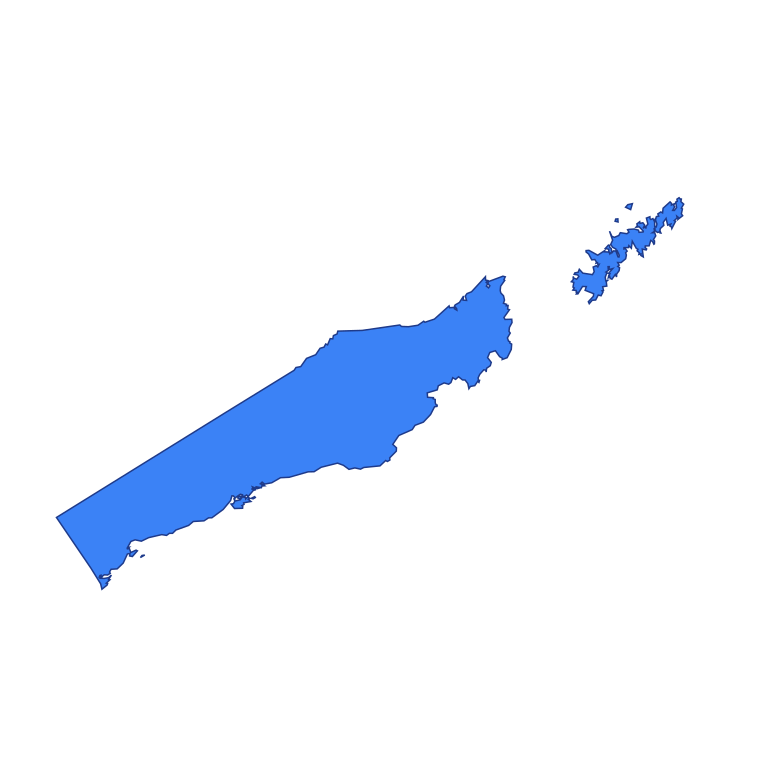 the district of Ushuaia, Tierra del Fuego, Argentina, rotated 330°
{"feature_id": "61730980B87507155551581", "entity_name": "Ushuaia", "entity_type": "district", "adm_level": 2, "iso_a3": "ARG", "parent_name": "Argentina", "parent_adm1": "Tierra del Fuego", "projection": "albers", "projection_center": [-65.54, -54.787], "detail": "fine", "context": "isolated", "style": "filled", "palette": "blue", "viewbox_px": 768, "rotation_deg": 330, "n_neighbors": 0, "source": "geoboundaries", "source_scale": "gbopen_adm2", "svg_char_len": 6134}
<svg xmlns="http://www.w3.org/2000/svg" viewBox="0 0 768 768"><g transform="rotate(330 384 384)"><path d="M33.6,335.8L38.1,396.9L38.7,415.3L37.1,420.7L43.6,419.7L44.9,418.6L43.9,417.6L48.7,416.5L47.7,415.6L52.4,413.2L48.6,414.0L44.5,412.5L41.3,410.5L42.6,410.2L40.8,408.9L42.2,407.8L43.4,408.1L42.6,409.7L46.4,409.4L49.1,411.2L52.3,411.1L52.3,409.6L55.0,408.0L60.5,410.7L68.6,408.7L76.8,402.9L79.3,403.7L77.7,405.7L79.8,407.6L87.0,405.2L86.2,403.9L80.5,403.3L81.2,399.2L78.8,398.2L81.7,397.9L80.4,397.2L86.1,393.8L90.5,394.5L95.3,398.8L103.4,399.4L116.2,403.3L120.0,406.4L123.4,406.0L126.2,407.6L130.8,406.4L144.1,408.8L150.1,407.7L159.7,412.5L165.2,412.2L168.0,413.8L182.1,412.2L192.9,408.2L196.4,404.8L197.7,405.7L198.0,408.1L196.6,408.4L196.4,410.1L198.0,408.2L204.4,407.6L206.1,409.2L205.3,410.8L205.9,411.5L209.5,411.4L210.5,413.4L217.7,410.8L220.3,411.5L216.6,408.7L220.2,409.5L218.5,408.5L218.6,407.3L221.6,411.2L224.0,411.8L221.3,408.6L226.0,412.5L228.2,410.2L227.0,408.6L229.4,408.0L230.4,410.6L227.8,409.5L228.4,410.4L228.1,411.7L229.8,412.5L228.9,410.4L237.4,413.4L247.5,413.4L255.3,417.4L274.3,422.1L279.6,425.0L288.0,424.7L304.2,429.3L308.2,434.1L311.0,440.4L316.8,442.1L321.1,446.0L324.8,446.2L339.6,452.9L347.2,451.1L348.2,452.8L351.1,452.8L352.0,450.8L361.1,448.3L362.9,445.5L361.4,440.7L371.1,436.0L385.6,437.6L390.2,435.3L399.1,436.7L409.1,433.7L416.4,429.0L418.7,429.9L419.5,428.9L418.7,428.0L419.0,425.9L420.6,423.0L419.2,421.3L419.9,420.5L415.1,417.3L417.0,413.3L427.2,415.7L430.1,412.7L436.6,413.1L439.9,416.5L442.7,416.2L446.7,412.9L448.3,415.8L452.2,415.0L454.0,419.7L456.2,421.1L456.8,425.5L455.2,430.5L457.6,429.3L461.8,430.8L466.5,428.5L467.0,430.1L468.6,428.6L467.7,427.8L468.6,425.7L471.8,423.5L477.5,421.6L479.0,422.8L478.5,424.7L480.7,421.7L485.2,421.3L487.7,418.9L486.9,412.9L491.4,409.6L497.1,410.9L497.8,418.1L499.4,420.9L498.6,421.9L503.8,422.8L511.5,417.7L514.5,413.3L513.4,411.2L514.2,410.3L513.3,409.1L513.9,405.8L518.8,403.0L518.6,400.9L520.9,397.7L525.6,394.8L527.0,391.8L521.1,388.6L521.1,386.4L529.8,382.4L528.5,380.9L530.7,378.1L529.0,377.3L530.0,376.3L527.8,373.8L530.3,371.6L531.6,367.4L530.7,363.5L531.4,361.1L533.9,357.6L540.4,354.6L540.0,353.6L542.6,351.8L540.9,350.1L525.5,347.5L524.1,349.3L524.8,351.9L522.6,353.0L521.6,350.4L524.0,349.0L523.3,347.1L525.6,346.3L523.9,344.8L525.5,341.8L505.9,347.9L501.1,347.2L498.4,348.4L497.3,352.9L494.4,350.9L496.9,347.6L490.1,351.1L485.2,351.1L484.0,351.8L484.6,355.0L484.0,356.5L482.6,354.0L483.6,353.0L478.9,350.7L479.4,348.9L460.1,353.0L450.3,351.0L449.8,349.5L442.8,350.1L433.8,346.6L427.9,342.9L427.2,340.8L391.9,326.7L370.4,315.1L368.4,317.2L364.4,316.8L362.2,319.3L360.1,317.8L354.7,321.9L353.5,320.2L350.5,322.1L346.5,321.1L339.5,324.5L329.7,323.1L320.6,327.3L316.0,325.7L313.0,327.2L232.6,329.5L33.6,335.8ZM656.9,372.2L655.2,370.1L655.7,364.4L653.9,373.8L650.1,376.5L650.4,380.0L652.3,383.1L651.6,384.8L652.6,385.0L652.1,390.2L651.0,391.5L650.2,390.9L651.3,384.9L649.4,383.5L647.1,384.3L648.5,380.3L647.8,378.5L648.6,376.6L647.8,375.9L643.4,377.3L646.0,379.7L644.7,382.0L645.7,383.8L644.6,384.3L644.8,382.2L640.8,379.6L641.8,378.8L633.5,379.3L628.3,370.7L625.7,369.5L625.0,370.7L626.2,373.7L626.0,380.4L628.8,381.6L629.0,384.6L628.0,385.4L629.6,385.7L628.9,387.5L630.2,387.9L627.7,389.5L627.0,387.7L623.6,387.3L622.2,391.8L619.2,393.5L611.6,387.4L610.5,382.3L608.0,384.3L604.8,383.2L603.5,384.1L606.3,386.4L606.5,388.3L603.2,389.6L601.3,387.1L601.6,385.4L600.2,388.1L597.4,389.1L599.2,390.9L596.1,394.6L596.8,396.0L594.5,397.1L597.2,399.1L596.3,400.8L597.2,401.3L595.6,402.2L597.0,402.9L604.7,398.8L607.9,400.8L605.0,403.4L610.7,410.6L609.2,412.7L602.1,414.9L601.9,417.1L606.2,415.6L609.3,417.1L614.0,414.1L616.1,416.1L619.7,413.8L619.4,412.3L620.9,412.7L622.0,409.1L625.9,410.6L627.7,406.4L629.3,406.1L627.7,405.4L629.0,402.1L632.9,398.9L632.2,398.0L635.1,397.8L636.7,394.4L637.8,395.0L635.9,397.4L639.8,398.4L633.7,400.5L634.8,401.5L632.8,402.5L631.4,404.1L633.2,403.7L632.7,405.7L633.8,407.2L639.1,404.8L638.9,407.6L640.5,405.1L644.3,403.4L646.2,401.0L645.2,399.1L647.1,398.7L647.1,395.6L650.0,397.4L655.9,396.4L658.4,393.5L658.9,391.1L661.0,390.5L660.7,387.4L659.3,387.0L660.0,385.9L664.0,388.1L665.2,386.6L666.1,390.1L670.4,384.5L670.3,392.7L671.3,394.3L669.8,395.2L670.7,398.0L669.5,399.2L671.7,399.7L670.7,401.1L672.1,403.6L675.1,396.3L678.1,399.0L679.0,398.4L678.4,396.3L679.3,395.1L682.7,396.9L686.8,393.0L687.8,394.8L687.6,397.9L688.3,397.8L689.8,395.4L689.6,393.6L693.4,391.6L694.1,388.3L692.1,387.2L694.6,387.0L695.6,384.5L696.5,384.5L695.5,386.7L696.6,389.5L699.3,390.2L698.6,391.2L699.3,391.7L699.5,389.2L701.1,387.5L705.7,386.5L706.7,383.6L711.1,381.6L709.1,388.3L712.3,388.9L710.6,390.1L711.5,391.8L711.0,393.3L717.8,388.9L717.1,387.6L720.9,386.8L721.5,385.0L722.3,387.1L720.9,388.4L726.8,387.6L726.6,385.3L730.0,381.6L729.4,380.4L733.5,378.1L732.3,374.5L734.4,372.1L733.1,372.6L732.7,370.2L730.1,370.4L729.3,372.4L727.6,372.3L725.6,377.5L722.2,378.9L720.8,378.0L724.3,375.9L724.2,374.2L725.8,373.1L722.4,372.7L723.3,371.4L722.8,369.3L713.6,371.3L710.8,375.1L709.8,373.4L706.2,373.6L705.8,376.0L703.6,375.2L701.1,377.7L700.4,381.9L698.3,384.1L697.1,383.1L700.2,377.4L699.5,377.8L699.6,375.2L697.4,375.0L697.0,373.9L697.9,372.1L694.2,371.5L692.5,377.4L689.3,378.7L688.8,380.5L688.8,378.5L686.2,378.7L689.2,376.8L688.8,373.8L686.0,372.9L686.6,371.3L683.0,371.8L682.6,374.3L682.0,373.7L680.7,374.2L683.6,375.5L685.0,381.3L684.4,381.9L680.7,380.2L681.3,378.0L678.2,374.9L673.3,372.5L672.1,372.2L672.0,375.0L669.5,375.3L664.3,371.1L661.6,372.8L656.9,372.2ZM196.3,410.8L193.8,412.4L191.5,411.5L192.3,417.1L199.4,420.9L200.5,419.3L200.1,418.3L202.6,418.3L203.0,416.7L210.0,419.2L208.8,416.0L210.8,416.1L209.2,413.6L206.7,414.4L207.2,412.9L205.0,411.0L201.5,412.4L196.3,410.8ZM689.3,352.0L684.8,350.6L681.6,351.7L684.8,356.3L689.3,352.0ZM201.7,408.6L200.4,409.6L201.8,411.4L205.1,410.2L201.7,408.6ZM667.1,357.0L665.5,358.6L667.7,360.7L669.1,357.9L667.1,357.0ZM91.3,412.5L88.7,411.5L86.3,412.5L91.3,412.5ZM211.8,416.6L213.2,418.0L215.8,418.0L215.7,416.9L211.8,416.6Z" fill="#3b82f6" stroke="#1e3a8a" stroke-width="1.5"/></g></svg>